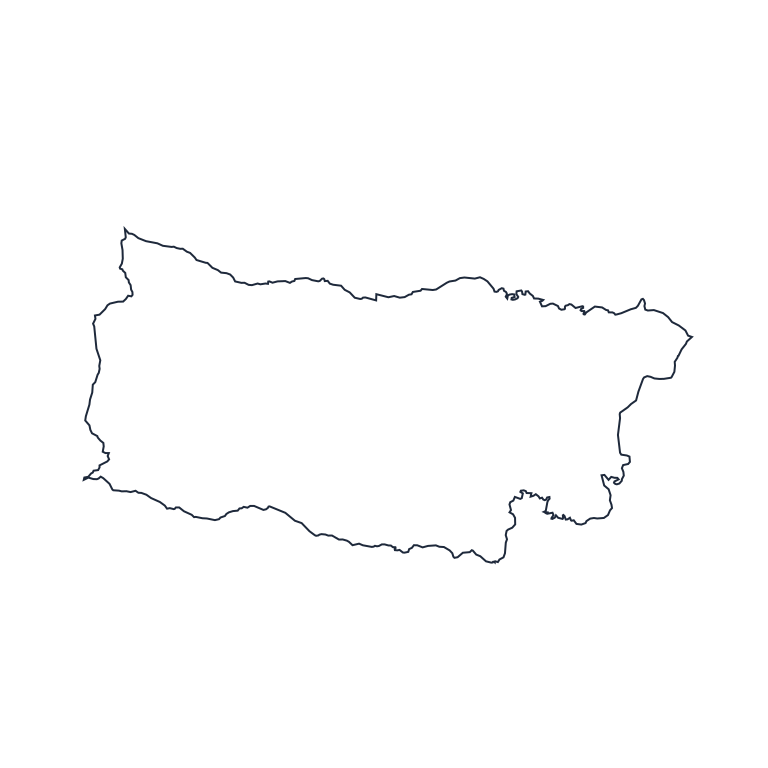 Bagaces, Guanacaste, Costa Rica, rotated 261°
{"feature_id": "36466004B76041075166072", "entity_name": "Bagaces", "entity_type": "district", "adm_level": 2, "iso_a3": "CRI", "parent_name": "Costa Rica", "parent_adm1": "Guanacaste", "projection": "robinson", "projection_center": [-85.261, 10.512], "detail": "fine", "context": "isolated", "style": "outline", "palette": "slate", "viewbox_px": 768, "rotation_deg": 261, "n_neighbors": 0, "source": "geoboundaries", "source_scale": "gbopen_adm2", "svg_char_len": 6129}
<svg xmlns="http://www.w3.org/2000/svg" viewBox="0 0 768 768"><g transform="rotate(261 384 384)"><path d="M336.3,72.5L337.8,77.4L335.6,82.0L334.9,85.5L335.3,87.3L336.8,89.7L334.9,92.0L328.3,97.3L322.3,99.2L321.4,100.0L320.1,105.6L319.0,108.1L318.4,112.8L316.9,116.8L317.4,121.9L315.0,124.4L314.4,127.3L311.8,132.0L307.8,136.1L302.5,144.2L298.2,148.5L294.8,150.2L294.9,153.0L293.3,156.8L293.4,157.7L294.6,159.1L294.1,162.4L289.6,166.5L284.9,173.6L282.2,175.6L282.2,177.3L279.8,183.7L278.9,188.0L276.0,195.7L276.3,199.9L277.7,201.6L278.5,206.2L280.3,208.0L281.5,210.7L282.1,214.9L281.8,219.7L283.7,221.8L283.5,224.0L284.6,226.2L283.2,229.8L284.5,232.8L283.9,236.6L278.5,245.2L278.7,247.9L279.8,249.9L281.0,250.8L281.0,251.9L272.2,266.4L262.9,274.6L259.5,280.9L250.2,287.4L245.4,292.1L244.7,293.2L244.7,295.5L245.3,296.6L245.5,298.7L244.5,302.6L243.0,305.2L242.5,308.9L237.4,315.2L236.9,318.9L235.1,322.8L233.6,324.7L229.7,327.7L230.2,334.4L228.0,337.9L225.0,346.5L225.0,348.4L225.6,349.7L224.8,351.7L224.8,353.6L225.9,356.7L225.5,359.5L223.8,363.2L223.4,365.5L221.5,367.2L221.0,369.7L220.2,369.8L219.4,368.7L218.2,368.8L217.6,371.3L217.7,373.4L214.6,376.3L214.2,377.9L214.4,381.7L217.0,383.0L217.8,385.9L220.1,388.3L219.5,391.6L216.6,396.6L217.2,402.2L216.5,410.0L214.6,413.2L213.6,417.7L209.4,422.8L206.2,425.0L202.6,425.5L201.3,426.4L201.4,429.6L205.0,435.5L204.5,442.4L206.1,444.7L205.5,445.7L201.1,448.4L198.8,452.2L192.9,457.0L190.8,462.0L190.7,463.4L191.3,463.8L191.3,464.8L190.6,465.4L191.4,465.5L191.5,466.1L190.3,468.6L192.6,470.6L194.1,474.9L197.9,477.0L208.3,479.5L211.4,481.2L215.7,480.6L219.7,482.1L220.8,483.8L222.0,488.2L224.8,491.6L231.3,492.5L235.1,491.1L237.6,487.9L239.6,489.7L245.4,489.1L247.5,490.2L248.6,493.5L252.0,495.6L249.2,500.6L249.7,502.2L254.2,504.0L256.1,501.8L257.2,502.5L257.1,505.4L256.0,507.3L254.0,507.8L253.1,512.5L249.8,511.2L250.2,514.1L251.4,516.7L248.8,519.1L246.6,520.0L247.0,522.3L244.9,523.3L244.1,524.6L244.4,525.9L246.4,527.4L246.5,529.7L244.8,529.6L243.4,527.9L241.8,526.9L233.3,523.9L232.7,521.9L231.9,523.2L231.5,526.5L230.7,524.3L230.3,524.9L230.5,530.3L228.0,530.9L225.6,528.6L224.8,528.3L224.4,529.2L225.3,531.8L227.4,533.3L224.6,535.1L222.8,539.3L223.5,539.9L226.3,540.1L226.6,540.7L225.2,541.7L221.7,542.3L221.6,544.1L222.8,546.7L220.0,547.4L219.6,548.0L219.7,550.1L215.7,552.2L214.3,556.9L215.1,561.3L216.9,562.5L218.8,566.6L218.8,570.4L217.8,573.6L217.3,580.2L219.5,584.7L223.9,587.5L225.8,589.8L229.2,589.8L233.8,588.9L238.7,590.4L244.9,589.4L249.3,585.6L259.8,584.6L259.7,587.5L254.2,590.8L256.7,593.9L255.3,597.0L254.8,599.8L253.1,600.8L251.7,596.4L250.5,595.7L249.1,596.8L248.5,598.3L248.9,600.9L251.2,603.7L252.8,604.1L256.0,606.5L259.7,606.7L263.6,605.8L266.5,607.5L266.8,612.6L268.6,614.7L273.9,615.1L275.4,612.7L277.1,607.3L279.2,606.4L297.1,607.1L313.3,611.8L317.4,612.1L318.8,612.8L322.8,621.0L325.6,624.9L328.3,630.4L336.7,634.1L348.4,640.6L349.8,641.9L350.6,645.2L349.4,648.4L347.2,651.9L345.9,656.8L345.3,661.3L345.3,668.4L345.9,669.2L350.6,672.7L356.7,674.3L360.4,674.6L364.0,677.9L365.7,678.7L365.8,679.3L371.7,683.4L376.4,688.5L378.6,689.8L382.3,695.5L384.2,691.9L389.7,690.1L395.7,684.3L400.1,678.2L405.6,675.1L410.4,670.7L414.8,662.1L415.3,656.1L416.6,653.7L420.2,653.4L422.7,654.4L426.2,653.9L427.6,653.0L427.3,651.5L421.5,647.0L419.8,644.7L419.2,639.4L416.8,629.4L416.3,624.7L416.3,623.3L417.9,622.4L419.0,620.8L419.6,617.2L421.7,616.8L422.4,614.9L425.5,611.4L427.5,604.4L423.0,594.9L421.3,593.3L421.3,592.8L421.7,592.1L422.4,592.1L423.8,593.3L424.7,593.2L425.1,590.6L426.0,589.7L427.2,590.3L428.0,592.6L429.4,592.8L429.8,592.1L429.1,585.1L433.2,581.5L433.9,579.6L433.1,578.0L432.9,575.6L432.0,574.8L430.0,574.5L429.6,573.9L429.6,570.8L431.2,568.7L433.8,568.0L437.0,563.4L437.2,560.8L435.6,555.8L436.0,552.2L440.9,550.9L441.4,553.4L442.1,554.4L444.2,549.7L445.0,545.6L447.7,544.8L450.6,542.1L453.1,540.8L453.2,538.4L450.2,537.6L450.1,536.9L451.1,534.8L453.7,534.8L454.9,534.2L454.8,529.5L452.1,528.8L449.0,530.2L447.8,529.3L447.0,526.6L447.0,524.4L447.6,523.1L449.1,523.6L449.5,526.6L452.1,526.6L452.7,524.6L452.7,522.1L452.1,520.2L449.1,519.1L451.2,517.9L453.3,519.4L454.4,519.4L455.9,518.8L457.3,517.1L459.5,516.9L460.2,515.3L459.0,512.0L457.7,511.0L457.4,509.5L458.0,507.6L461.0,507.1L469.2,502.2L472.2,498.9L474.4,495.5L473.9,490.2L476.6,480.1L476.7,475.5L475.0,470.8L475.0,464.7L474.2,461.9L469.2,450.3L469.2,446.9L471.9,436.4L470.4,434.7L470.4,426.9L468.3,425.2L468.3,422.6L466.6,418.0L466.8,413.1L469.3,407.8L469.0,401.9L473.9,390.5L467.8,389.3L472.4,379.1L472.6,376.8L471.7,375.4L471.7,373.8L473.8,368.6L479.8,364.5L483.2,359.9L487.8,357.0L490.0,349.3L491.6,346.2L494.7,344.5L494.9,341.6L496.9,341.4L497.7,340.7L497.7,339.3L495.8,336.6L495.7,335.1L497.9,329.1L500.3,325.6L500.9,323.3L501.6,312.7L499.8,311.6L499.6,309.1L498.6,306.9L501.1,302.6L502.0,294.9L501.5,289.7L503.3,286.8L503.3,285.7L501.1,285.1L501.8,282.6L501.8,277.5L503.0,274.9L502.3,269.0L503.1,265.8L505.8,262.1L506.2,259.0L508.6,253.0L512.7,251.7L516.2,249.2L518.1,245.8L519.5,240.5L522.5,237.7L525.6,232.7L531.2,228.6L531.6,226.9L535.8,218.2L538.5,216.9L543.8,213.0L545.5,210.0L549.1,206.4L549.4,203.9L550.7,200.5L552.5,197.9L552.6,195.7L555.1,187.2L558.4,182.2L562.3,171.3L566.5,164.2L570.3,160.7L571.8,158.5L572.5,155.6L577.7,152.3L569.3,151.9L567.9,151.0L566.7,147.4L564.1,146.6L557.2,146.7L548.6,145.6L543.9,143.9L540.5,141.2L539.2,141.4L538.2,143.5L536.8,143.8L534.2,145.8L529.8,145.7L526.6,148.0L524.2,147.9L521.3,149.2L516.8,149.0L514.2,149.9L511.4,149.6L510.1,148.2L511.2,145.1L508.3,142.3L506.2,139.2L506.9,134.1L506.3,125.9L505.0,123.2L501.6,120.3L497.0,113.9L496.9,109.2L493.5,109.2L489.1,106.1L486.2,106.8L463.8,105.5L451.8,107.5L446.4,105.6L443.4,105.5L439.6,104.0L438.0,102.6L431.0,99.1L428.9,96.3L421.2,94.5L414.6,91.2L409.7,89.8L398.8,84.5L394.7,83.2L389.2,86.6L384.6,86.8L381.0,87.9L377.4,92.7L375.9,92.9L372.5,95.0L369.7,97.6L366.2,97.4L361.1,95.6L359.4,98.0L358.8,101.4L356.1,99.8L352.6,100.7L350.8,98.6L348.1,90.3L346.1,90.0L343.7,88.2L343.8,83.6L342.1,82.5L341.4,80.6L338.6,77.4L338.5,73.4L336.3,72.5Z" fill="none" stroke="#1e293b" stroke-width="2"/></g></svg>